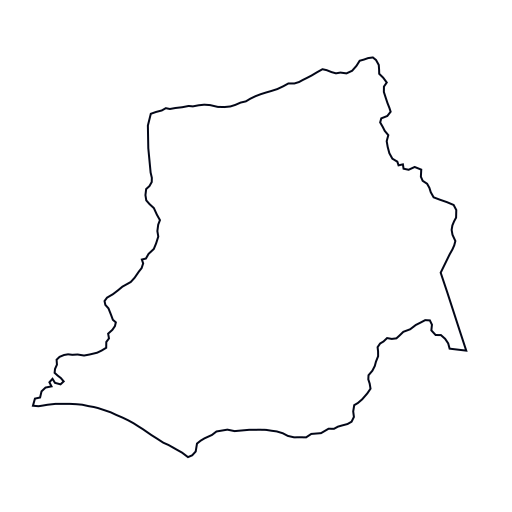 the district of Presidente Kennedy, Espírito Santo, Brazil, rotated 93°
{"feature_id": "56859067B59803678983356", "entity_name": "Presidente Kennedy", "entity_type": "district", "adm_level": 2, "iso_a3": "BRA", "parent_name": "Brazil", "parent_adm1": "Espírito Santo", "projection": "mercator", "projection_center": [-41.068, -21.151], "detail": "fine", "context": "isolated", "style": "outline", "palette": "ink", "viewbox_px": 512, "rotation_deg": 93, "n_neighbors": 0, "source": "geoboundaries", "source_scale": "gbopen_adm2", "svg_char_len": 3188}
<svg xmlns="http://www.w3.org/2000/svg" viewBox="0 0 512 512"><g transform="rotate(93 256 256)"><path d="M104.9,129.1L101.2,130.5L96.4,132.7L91.3,134.7L85.5,136.9L80.1,137.1L75.9,134.5L71.3,138.3L67.6,142.5L63.7,142.8L58.8,143.4L54.0,146.4L51.6,149.7L52.5,154.4L54.2,158.5L55.6,162.7L60.8,165.6L66.0,169.7L68.9,175.2L68.4,181.3L69.4,185.7L68.4,190.2L66.7,195.2L66.0,199.4L69.4,204.8L72.9,210.0L75.7,214.8L77.7,218.4L80.0,222.1L81.7,226.7L82.0,232.7L85.1,237.7L88.2,243.5L90.5,249.6L92.2,254.5L94.1,259.6L96.4,264.8L99.2,269.9L102.1,274.2L103.6,279.4L106.2,284.6L108.0,289.4L108.9,295.3L109.1,302.0L107.7,309.8L107.6,315.6L108.5,321.2L109.9,326.9L109.7,331.1L111.3,337.5L112.4,344.1L113.7,349.7L113.1,353.8L115.6,357.7L117.4,363.4L119.5,368.5L126.2,369.8L131.4,370.8L154.0,369.2L178.2,365.6L183.4,364.1L187.6,364.0L191.8,366.1L194.9,369.2L201.0,369.6L206.2,368.5L209.7,365.1L213.5,360.5L220.0,357.1L225.2,353.8L229.8,355.3L236.3,355.8L241.7,354.6L248.6,356.4L254.3,358.4L259.5,363.4L264.3,365.8L265.5,369.8L269.3,368.3L274.1,369.6L277.6,372.1L284.1,376.1L288.5,379.7L293.6,387.8L297.3,391.8L301.5,396.7L305.4,402.6L308.9,404.9L312.7,403.9L316.0,400.6L322.3,397.7L327.2,395.6L329.6,392.5L333.4,393.2L337.3,395.6L341.3,399.6L346.0,398.5L349.7,401.0L355.5,400.8L358.5,405.2L360.9,409.6L363.1,417.1L364.4,422.5L363.7,429.0L364.3,434.2L364.0,438.5L364.9,442.5L367.0,446.9L370.0,449.7L374.9,449.1L379.3,450.8L383.2,451.0L385.8,447.8L388.1,444.5L391.3,441.5L394.4,444.5L393.2,450.1L389.3,452.8L392.9,455.7L396.9,453.4L398.4,459.3L402.4,463.1L408.6,464.2L410.0,469.3L417.2,470.9L417.4,465.3L416.5,461.0L415.5,456.6L414.2,448.8L413.8,441.5L413.4,434.4L413.4,427.6L413.6,421.8L414.7,415.3L415.3,410.0L416.1,405.9L418.0,399.0L419.7,392.9L422.0,387.3L424.4,380.7L426.8,375.0L429.5,369.4L432.2,364.7L434.8,360.0L437.4,355.8L440.3,351.1L443.7,345.0L447.3,338.8L449.3,333.5L451.4,329.3L453.5,325.1L456.2,319.6L460.4,313.4L458.4,309.3L454.4,306.0L446.4,305.1L443.3,301.6L440.8,297.9L437.0,290.6L433.3,286.3L430.9,275.5L432.0,268.2L429.9,253.6L429.7,249.4L429.3,243.1L429.1,237.0L429.7,231.2L430.1,226.1L431.6,220.0L434.0,214.8L435.1,208.4L434.7,203.0L434.5,196.5L430.8,191.5L429.5,181.8L424.7,174.5L424.5,169.1L422.1,165.2L420.8,161.4L419.0,155.8L416.5,151.9L411.6,149.8L406.1,150.8L399.8,150.1L397.5,146.6L393.6,142.5L387.3,137.6L382.5,134.7L377.5,135.8L373.3,137.4L369.2,137.4L364.5,133.8L359.6,131.6L355.3,130.7L349.7,128.8L344.9,129.1L340.7,129.8L336.9,127.5L334.7,124.2L331.1,120.8L331.7,116.1L330.9,111.5L328.1,108.7L324.0,104.9L321.1,98.2L316.5,92.8L314.0,88.4L311.2,83.7L311.2,79.0L315.4,76.7L321.1,77.0L325.5,72.5L325.3,67.2L328.8,62.8L333.2,59.5L338.4,57.8L339.5,41.1L318.8,49.1L282.8,62.9L268.1,68.7L263.0,70.7L244.2,62.7L239.2,60.2L235.0,58.6L230.6,57.7L224.5,60.9L219.7,62.0L215.2,61.5L211.0,60.0L207.2,58.2L199.6,58.4L194.7,61.3L192.2,68.2L190.1,75.5L188.1,81.7L183.2,84.8L178.9,86.4L174.9,88.9L172.2,93.5L168.2,95.5L161.1,95.5L158.8,102.2L161.9,108.1L161.1,113.2L156.8,114.1L158.0,118.4L154.4,119.8L151.7,124.9L146.4,128.2L140.2,130.2L134.5,131.5L128.4,130.2L124.3,134.0L120.6,136.1L116.1,139.0L112.0,138.1L109.3,132.2L104.9,129.1Z" fill="none" stroke="#020617" stroke-width="2"/></g></svg>